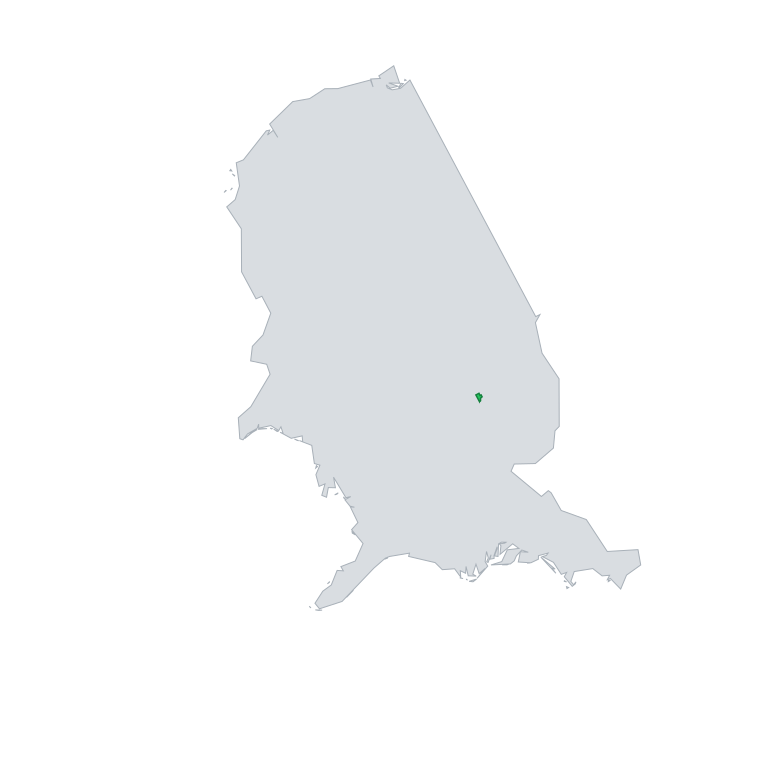 Jackson, Iowa, United States of America shown in context, rotated 62°
{"feature_id": "52423323B11078119657450", "entity_name": "Jackson", "entity_type": "district", "adm_level": 2, "iso_a3": "USA", "parent_name": "United States of America", "parent_adm1": "Iowa", "projection": "equal_earth", "projection_center": [-90.354, 42.208], "detail": "fine", "context": "in_parent", "style": "filled", "palette": "green", "viewbox_px": 768, "rotation_deg": 62, "n_neighbors": 0, "source": "geoboundaries", "source_scale": "gbopen_adm2", "svg_char_len": 4266}
<svg xmlns="http://www.w3.org/2000/svg" viewBox="0 0 768 768"><g transform="rotate(62 384 384)"><path d="M598.7,269.0L636.7,265.5L649.5,237.5L664.3,242.3L666.6,259.6L676.2,271.3L662.0,275.4L661.6,278.7L658.8,274.6L655.8,281.5L645.0,286.3L638.9,304.1L646.0,311.7L650.3,310.8L648.8,307.4L650.3,309.0L651.0,312.8L638.8,315.3L636.1,311.2L635.3,316.8L621.0,318.1L610.7,325.2L611.6,321.1L610.3,318.5L608.1,328.2L611.2,330.0L610.8,338.3L604.2,349.0L596.1,342.3L600.3,335.6L595.3,340.3L597.9,347.8L601.3,352.1L602.2,356.9L594.0,374.5L596.1,363.4L588.3,353.0L592.5,342.1L585.5,345.4L588.9,361.6L581.7,356.7L579.3,357.2L581.2,352.1L581.0,350.6L578.8,354.5L578.9,357.9L589.8,364.3L587.6,367.2L582.6,361.5L580.8,360.5L587.1,367.4L589.7,368.7L588.4,372.8L585.0,369.6L590.4,375.9L589.2,376.8L586.6,373.6L580.0,372.1L588.3,378.1L593.5,377.9L599.3,393.1L594.3,381.4L596.1,389.0L586.3,387.4L593.6,394.9L596.9,392.8L592.9,399.7L583.6,397.2L589.4,400.8L584.7,404.3L590.5,406.9L580.3,408.4L575.3,419.7L565.7,422.7L547.8,443.2L545.3,440.9L538.9,460.0L538.4,464.7L541.8,479.3L556.3,523.1L552.2,546.5L545.2,547.9L538.2,535.3L536.7,524.9L526.6,512.9L529.9,507.6L525.0,507.8L526.8,492.5L515.0,477.4L497.4,481.0L494.1,472.1L476.7,471.4L478.9,468.0L475.8,471.4L467.9,472.9L467.8,466.2L466.5,471.0L442.6,472.3L452.8,475.6L449.3,481.8L457.0,487.9L453.1,491.2L444.5,483.0L443.9,489.4L432.1,486.7L425.6,478.7L421.5,482.8L404.3,476.6L394.2,485.3L396.8,482.9L391.4,480.6L388.4,491.4L377.8,498.4L380.3,496.3L373.4,495.1L375.7,498.8L367.6,503.4L364.2,515.4L360.6,513.5L363.6,516.8L364.0,527.9L367.1,534.7L364.6,537.0L345.4,528.5L341.5,512.2L321.9,480.0L311.5,478.3L301.0,490.9L288.9,482.5L283.9,467.8L268.3,450.7L249.2,450.6L248.7,457.0L218.1,457.1L180.0,437.1L153.8,439.7L151.3,428.8L141.3,418.6L119.3,410.6L120.1,402.9L105.2,369.1L106.2,365.6L109.5,370.0L108.0,362.7L116.4,362.0L100.8,362.9L91.8,332.0L97.1,315.7L95.5,297.7L101.5,286.1L109.2,253.3L116.6,254.2L108.5,252.5L112.5,243.8L109.5,243.9L107.6,226.0L125.8,229.0L120.4,238.5L127.7,231.8L125.7,239.7L120.9,241.6L124.1,242.0L128.1,238.7L130.7,230.6L127.8,218.4L395.7,218.4L395.9,213.7L400.9,221.5L431.0,230.0L461.6,227.0L503.7,249.2L505.6,255.0L520.1,264.5L525.3,287.7L515.8,306.6L520.7,312.8L557.2,297.8L555.3,289.0L558.5,287.5L578.9,286.9L598.7,269.0ZM625.6,322.1L631.8,321.1L610.4,326.8L627.8,319.8L625.6,322.1ZM127.9,225.9L129.5,230.9L129.2,231.7L126.4,227.9L127.9,225.9ZM366.8,532.7L364.4,522.9L364.7,517.4L365.0,523.2L366.8,532.7ZM663.6,276.1L663.8,278.8L662.7,278.2L663.6,276.1ZM425.7,481.5L426.2,483.8L424.3,482.0L425.7,481.5ZM127.2,419.3L129.9,418.0L130.1,418.4L127.2,419.3ZM124.5,418.4L123.3,420.0L122.6,418.6L124.5,418.4ZM644.5,315.7L642.9,317.5L642.4,317.1L644.5,315.7ZM366.3,512.3L364.8,516.7L368.5,508.2L366.3,512.3ZM552.0,508.6L554.8,517.3L551.5,507.7L552.0,508.6ZM139.9,426.2L140.8,428.5L139.7,426.4L139.9,426.2ZM553.3,547.9L551.2,550.7L554.6,544.8L553.3,547.9ZM600.4,398.3L598.2,401.5L599.7,393.8L600.4,398.3ZM126.1,221.9L125.8,223.3L124.9,222.6L126.1,221.9ZM375.8,500.6L372.0,502.6L375.9,499.9L375.8,500.6ZM650.4,316.5L650.5,318.5L648.6,318.0L650.4,316.5ZM139.2,432.6L139.8,435.3L138.8,432.9L139.2,432.6ZM371.0,504.2L369.5,505.3L370.8,503.6L371.0,504.2ZM601.4,360.3L599.1,364.6L601.7,358.7L601.4,360.3ZM393.0,487.2L390.5,488.9L394.1,485.9L393.0,487.2ZM539.4,462.2L539.0,465.7L538.7,463.3L539.4,462.2ZM591.4,407.4L590.6,408.1L592.9,405.5L591.4,407.4ZM503.7,480.2L500.8,482.0L499.6,481.6L503.7,480.2ZM466.8,472.3L466.3,472.9L464.6,472.8L466.8,472.3ZM533.4,525.2L533.9,527.8L532.9,524.7L533.4,525.2ZM459.2,477.3L458.7,479.6L458.6,475.5L459.2,477.3ZM546.7,554.0L545.1,554.3L547.4,553.6L546.7,554.0ZM610.3,339.7L609.3,341.8L610.5,338.9L610.3,339.7ZM596.4,402.2L595.4,403.0L595.2,402.9L596.4,402.2Z" fill="#d9dde1" stroke="#a8b0b8" stroke-width="1"/><path d="M436.8,308.0L440.4,308.0L444.4,308.0L444.3,307.9L444.3,307.6L444.2,307.5L444.3,307.3L444.3,307.2L444.3,306.9L444.2,306.8L443.9,306.7L443.8,306.4L443.7,306.3L443.4,306.2L443.2,306.2L442.9,306.0L442.7,305.9L442.3,305.7L442.2,305.7L441.9,305.4L441.8,305.2L441.7,305.1L441.6,304.9L441.6,304.7L441.7,304.4L441.7,304.2L441.4,303.8L441.4,303.7L441.2,303.6L441.2,303.4L439.2,303.4L439.2,304.6L436.8,304.5L436.8,308.0Z" fill="#22c55e" stroke="#15803d" stroke-width="1.5"/></g></svg>